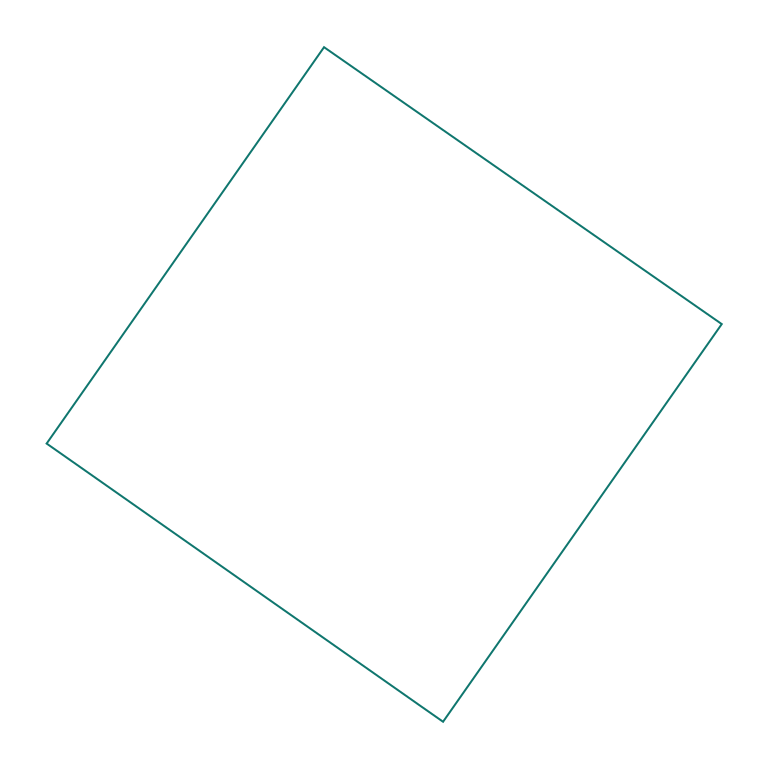 the district of Ector, Texas, United States of America, rotated 35°
{"feature_id": "52423323B50517740835867", "entity_name": "Ector", "entity_type": "district", "adm_level": 2, "iso_a3": "USA", "parent_name": "United States of America", "parent_adm1": "Texas", "projection": "mercator", "projection_center": [-102.506, 31.869], "detail": "fine", "context": "isolated", "style": "outline", "palette": "teal", "viewbox_px": 768, "rotation_deg": 35, "n_neighbors": 0, "source": "geoboundaries", "source_scale": "gbopen_adm2", "svg_char_len": 249}
<svg xmlns="http://www.w3.org/2000/svg" viewBox="0 0 768 768"><g transform="rotate(35 384 384)"><path d="M626.3,141.2L141.7,142.5L141.8,626.3L171.8,626.3L597.0,626.8L626.1,626.8L626.3,141.2Z" fill="none" stroke="#0f766e" stroke-width="2"/></g></svg>